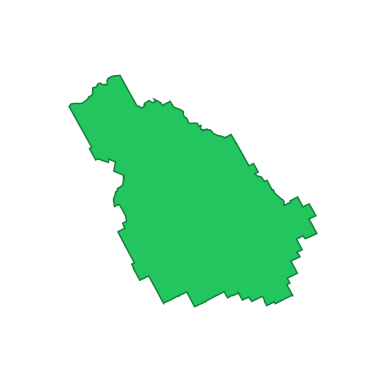 the district of Flinders (Qld), Queensland, Australia, rotated 327°
{"feature_id": "25037944B81088097646541", "entity_name": "Flinders (Qld)", "entity_type": "district", "adm_level": 2, "iso_a3": "AUS", "parent_name": "Australia", "parent_adm1": "Queensland", "projection": "equal_earth", "projection_center": [144.245, -20.889], "detail": "fine", "context": "isolated", "style": "filled", "palette": "green", "viewbox_px": 384, "rotation_deg": 327, "n_neighbors": 0, "source": "geoboundaries", "source_scale": "gbopen_adm2", "svg_char_len": 5537}
<svg xmlns="http://www.w3.org/2000/svg" viewBox="0 0 384 384"><g transform="rotate(327 192 192)"><path d="M283.0,279.4L283.8,265.8L276.9,264.9L277.9,253.7L269.4,252.9L269.2,254.3L267.6,254.1L267.4,254.1L267.1,254.4L266.9,254.4L266.7,254.0L261.7,253.3L261.7,253.2L262.8,252.0L264.0,249.9L264.0,248.6L263.9,248.0L263.1,246.5L262.2,243.3L261.8,241.8L261.8,241.6L261.4,240.7L260.8,238.0L261.3,234.3L260.8,233.9L260.3,234.0L260.7,229.9L261.3,223.0L258.5,222.7L258.3,217.3L255.4,214.0L254.7,210.9L258.4,211.3L259.1,201.6L254.0,201.1L254.5,193.3L255.7,175.5L255.4,175.2L255.6,175.2L256.1,165.0L248.8,164.4L248.8,164.0L248.8,163.5L247.7,162.3L247.2,161.6L246.1,160.2L244.9,159.3L244.4,158.6L243.9,158.0L243.3,157.1L243.1,156.4L242.6,156.0L241.8,154.6L241.5,153.9L241.5,153.7L241.5,153.4L241.5,153.1L241.6,152.6L241.7,152.4L241.7,152.1L241.4,151.8L241.4,151.6L241.3,151.4L241.3,150.7L241.3,150.4L241.1,150.1L240.9,149.7L240.6,149.6L240.5,149.4L240.2,149.4L239.8,149.1L239.7,148.8L239.4,148.6L239.2,148.5L239.1,148.4L238.9,148.2L238.9,147.7L238.8,147.4L238.7,147.2L238.0,147.1L237.9,147.1L237.8,147.4L237.7,147.6L237.5,147.4L237.2,147.2L237.0,147.3L236.8,147.2L236.7,146.7L236.3,146.6L236.1,146.4L236.0,146.2L235.8,146.2L235.5,146.2L235.0,146.4L234.8,146.6L234.6,146.2L234.5,145.7L234.5,145.1L234.4,144.9L234.2,144.8L233.9,144.7L233.8,144.0L233.9,143.8L234.0,143.2L234.1,142.9L234.2,142.6L234.3,142.4L234.5,142.1L234.8,141.7L235.0,141.5L235.3,141.4L235.6,141.5L235.6,141.2L235.6,140.9L233.5,140.7L233.7,137.0L226.7,132.7L226.6,132.3L226.7,132.2L226.9,131.7L227.1,131.0L227.1,130.8L227.1,130.5L227.2,130.2L227.3,129.9L227.4,129.3L227.6,128.7L227.6,128.4L227.6,127.7L227.5,127.4L227.5,127.0L227.5,126.8L227.5,126.7L226.8,125.4L226.7,125.2L226.7,124.8L226.7,124.3L226.7,124.0L226.7,123.7L226.7,123.3L227.0,122.0L227.2,121.8L227.4,121.4L228.4,120.0L228.3,119.0L226.1,115.1L222.8,110.8L223.0,108.2L222.8,108.1L223.1,104.1L214.2,103.2L214.4,100.0L210.8,93.6L210.7,96.0L208.4,96.0L207.5,95.6L205.8,91.9L200.4,91.9L199.9,93.0L199.4,92.9L199.3,94.2L198.1,94.1L198.0,93.9L197.8,93.9L197.3,94.0L197.1,94.3L195.5,94.4L195.4,94.3L195.2,93.7L195.1,93.2L194.9,92.6L194.7,92.2L194.5,91.6L193.9,91.2L193.9,90.7L193.1,90.4L192.8,90.0L192.7,89.9L193.5,77.6L194.6,62.1L194.8,59.5L194.8,59.1L195.1,55.0L189.5,52.0L189.4,52.2L187.5,51.5L186.6,51.3L185.7,51.3L184.5,51.6L184.2,51.2L183.8,51.0L183.4,51.3L182.9,51.3L182.3,51.7L182.0,52.0L181.4,52.3L180.9,53.2L180.1,54.8L179.5,55.6L179.1,55.9L178.6,55.5L178.0,55.0L177.5,54.3L176.8,53.9L176.0,53.6L175.4,53.3L175.0,52.6L174.8,52.1L174.8,51.3L174.2,50.9L173.6,50.4L172.8,50.2L172.1,50.2L171.5,50.5L170.9,50.8L170.4,50.8L170.0,51.3L169.3,51.7L168.6,51.5L168.1,51.5L167.6,51.4L167.0,51.2L166.7,51.1L165.8,50.7L165.5,50.7L165.3,50.7L165.0,51.2L164.8,51.6L164.6,52.1L163.3,53.6L162.7,54.5L162.1,55.5L161.7,55.8L161.3,56.2L161.0,56.3L160.0,56.2L159.6,56.3L159.1,56.3L158.7,56.3L158.4,56.1L157.8,56.0L157.4,56.0L156.8,56.2L156.4,56.5L156.0,56.8L155.6,57.0L155.0,57.2L152.6,57.5L149.1,57.9L146.9,57.2L144.7,55.8L143.0,54.5L141.1,53.5L139.7,52.8L138.1,52.3L135.5,53.6L133.7,79.0L132.3,100.0L129.7,99.7L128.7,112.6L131.0,112.8L137.9,121.6L140.2,119.1L144.2,125.2L137.8,131.8L143.7,140.7L143.7,140.9L143.9,141.3L143.9,141.6L143.8,141.9L143.7,142.0L143.2,141.8L143.0,141.7L142.9,141.7L142.8,141.9L142.7,142.1L142.8,142.3L142.9,142.7L142.9,142.8L142.8,143.1L142.6,143.3L142.4,143.3L142.0,143.2L141.7,143.2L141.6,143.3L141.5,143.5L141.5,144.5L141.4,144.9L141.0,145.2L140.1,145.5L139.9,145.8L139.3,146.7L138.9,147.1L138.6,147.3L138.3,147.7L138.2,147.9L137.9,148.0L137.7,148.2L137.6,148.5L137.4,148.7L137.2,148.8L136.7,148.7L135.5,148.4L134.9,148.5L134.4,148.8L134.2,149.0L133.5,148.8L133.1,148.5L132.9,148.4L132.6,148.5L132.3,148.6L132.1,148.6L131.4,148.7L130.9,149.0L130.6,149.2L130.4,149.5L130.2,150.1L129.9,150.4L129.6,150.6L129.1,150.6L128.9,150.6L128.6,150.4L128.3,150.3L128.1,150.3L127.7,150.5L127.2,151.2L127.0,151.6L126.8,151.8L126.3,152.2L125.5,153.0L125.3,153.2L124.7,153.3L124.1,153.7L123.9,154.0L123.7,154.3L123.0,154.6L122.7,155.0L122.2,155.3L122.0,155.6L121.9,156.3L121.7,156.5L121.2,156.8L121.1,157.0L121.1,157.3L121.2,157.7L121.2,157.8L121.2,158.0L121.2,158.3L121.1,158.5L120.7,159.1L119.9,159.8L119.7,160.1L119.6,160.4L119.6,160.6L119.5,160.8L119.5,161.1L119.4,161.7L119.2,162.0L123.7,162.6L124.3,163.3L123.9,169.1L123.4,175.9L121.0,181.0L116.9,180.4L116.8,181.5L116.7,181.8L116.5,182.1L116.0,184.3L115.9,185.9L108.4,185.0L108.2,185.0L107.1,196.1L105.1,220.0L102.1,219.7L101.7,224.2L101.2,224.2L100.9,228.7L100.2,237.6L110.0,238.8L108.5,258.5L107.8,266.0L107.6,269.8L107.7,269.7L109.9,270.0L117.1,271.1L117.3,270.9L123.7,271.7L123.8,271.8L123.8,271.7L123.9,271.8L124.0,271.8L133.1,272.9L132.6,279.7L131.7,289.6L133.0,289.8L133.3,289.7L133.5,289.9L137.9,290.5L143.7,291.4L143.8,291.1L155.5,292.0L155.9,292.2L164.7,293.1L164.2,300.0L165.7,300.4L166.6,300.3L168.5,300.4L170.0,300.8L170.0,301.2L175.8,302.0L176.0,301.4L176.1,301.5L176.1,302.0L175.9,302.0L175.7,306.4L175.5,310.1L182.1,311.0L182.6,314.7L182.5,316.3L194.3,317.8L194.0,321.7L193.2,323.3L192.8,328.0L201.1,328.9L201.0,331.1L203.8,331.3L205.2,331.5L211.8,332.1L214.0,332.4L218.2,333.0L218.7,332.8L220.0,333.8L220.6,327.1L221.0,321.4L224.5,321.7L224.9,316.1L236.1,317.5L236.4,314.5L236.5,314.3L236.5,314.2L236.9,308.7L237.3,303.8L247.3,305.1L247.5,301.7L246.7,300.5L246.7,299.6L252.9,300.4L253.8,290.3L254.0,288.3L261.1,289.2L261.6,292.9L266.5,293.7L274.1,294.8L274.8,286.6L275.4,278.3L283.0,279.4Z" fill="#22c55e" stroke="#15803d" stroke-width="1.5"/></g></svg>